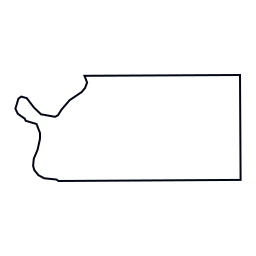 Sully, South Dakota, United States of America
{"feature_id": "52423323B41548750764016", "entity_name": "Sully", "entity_type": "district", "adm_level": 2, "iso_a3": "USA", "parent_name": "United States of America", "parent_adm1": "South Dakota", "projection": "orthographic", "projection_center": [-100.502, 44.723], "detail": "fine", "context": "isolated", "style": "outline", "palette": "ink", "viewbox_px": 256, "rotation_deg": 0, "n_neighbors": 0, "source": "geoboundaries", "source_scale": "gbopen_adm2", "svg_char_len": 462}
<svg xmlns="http://www.w3.org/2000/svg" viewBox="0 0 256 256"><path d="M240.0,75.0L84.5,75.8L87.1,82.6L85.0,88.1L81.6,92.1L69.6,100.2L61.6,109.5L57.9,115.3L55.0,116.8L41.0,114.3L34.0,107.6L26.7,98.1L21.2,96.6L18.4,98.7L15.4,108.7L17.8,113.8L24.8,118.7L25.7,120.8L36.5,124.0L40.0,133.0L40.0,138.7L37.6,149.7L33.8,158.7L33.1,165.8L34.3,170.1L38.4,175.2L44.3,178.3L56.3,179.5L58.6,181.0L240.6,179.9L240.0,75.0Z" fill="none" stroke="#020617" stroke-width="2"/></svg>